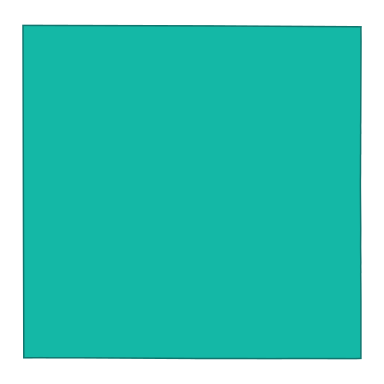 Cherokee, Kansas, United States of America (Equal Earth projection)
{"feature_id": "52423323B71068328683000", "entity_name": "Cherokee", "entity_type": "district", "adm_level": 2, "iso_a3": "USA", "parent_name": "United States of America", "parent_adm1": "Kansas", "projection": "equal_earth", "projection_center": [-94.732, 37.169], "detail": "fine", "context": "isolated", "style": "filled", "palette": "teal", "viewbox_px": 384, "rotation_deg": 0, "n_neighbors": 0, "source": "geoboundaries", "source_scale": "gbopen_adm2", "svg_char_len": 728}
<svg xmlns="http://www.w3.org/2000/svg" viewBox="0 0 384 384"><path d="M361.0,26.8L210.9,25.9L23.0,25.4L23.5,239.6L23.7,310.4L23.8,357.8L41.5,357.7L50.2,357.8L55.7,357.8L69.7,357.8L72.5,357.8L81.7,357.8L186.8,358.4L189.3,358.4L195.9,358.5L203.0,358.5L243.0,358.5L271.1,358.6L272.7,358.6L290.7,358.5L298.8,358.5L300.4,358.5L355.5,358.6L360.9,358.4L360.9,348.5L360.9,317.7L360.9,301.8L360.8,283.9L360.7,273.3L360.8,272.8L360.7,265.9L360.8,262.8L360.7,255.7L360.6,246.7L360.7,230.5L360.7,228.0L360.5,200.8L360.4,186.5L360.4,180.3L360.5,172.9L360.5,167.1L360.5,154.8L360.6,154.3L360.6,142.4L360.6,134.5L360.7,133.3L360.6,125.2L360.7,122.4L361.0,41.3L360.9,28.4L361.0,26.8Z" fill="#14b8a6" stroke="#0f766e" stroke-width="1.5"/></svg>